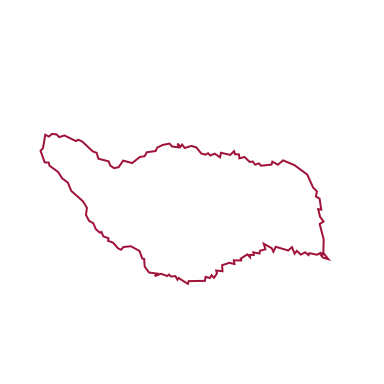 outline of Querência, Mato Grosso, Brazil, rotated 136°
{"feature_id": "56859067B43920904563535", "entity_name": "Querência", "entity_type": "district", "adm_level": 2, "iso_a3": "BRA", "parent_name": "Brazil", "parent_adm1": "Mato Grosso", "projection": "natural_earth1", "projection_center": [-52.69, -12.226], "detail": "medium", "context": "isolated", "style": "outline", "palette": "rose", "viewbox_px": 384, "rotation_deg": 136, "n_neighbors": 0, "source": "geoboundaries", "source_scale": "gbopen_adm2", "svg_char_len": 1938}
<svg xmlns="http://www.w3.org/2000/svg" viewBox="0 0 384 384"><g transform="rotate(136 192 192)"><path d="M261.4,139.5L258.8,128.8L256.3,130.2L244.4,119.1L241.2,121.5L238.9,117.7L235.7,118.5L235.8,115.0L230.6,116.1L229.1,118.7L225.1,113.8L221.2,118.4L214.3,115.1L211.5,110.7L209.4,113.8L204.2,108.6L203.2,110.2L195.6,108.7L195.5,104.9L194.2,106.6L191.2,103.8L189.8,106.0L186.2,100.9L183.9,102.5L179.0,99.8L176.3,104.9L173.7,96.2L175.0,92.5L169.8,94.4L163.4,83.1L158.4,82.9L161.0,76.4L157.5,76.8L157.2,71.4L152.5,70.0L152.0,65.7L150.1,66.5L145.7,60.1L141.6,58.8L141.1,55.9L143.1,56.9L143.4,53.9L140.6,48.9L139.8,57.0L130.3,66.3L122.4,80.3L117.9,79.4L117.2,85.1L113.1,92.0L111.3,89.5L104.8,98.7L106.0,102.7L101.7,105.7L101.8,111.1L97.0,124.5L99.6,140.0L104.5,151.5L111.3,152.0L113.1,158.0L115.8,156.5L124.1,163.0L124.0,166.1L127.6,167.8L127.1,171.7L129.6,173.6L129.9,180.7L134.5,183.3L132.1,186.4L134.8,189.3L133.4,192.1L138.7,192.1L143.9,200.1L147.7,197.5L149.1,203.9L153.5,205.6L153.5,208.7L156.4,209.5L158.6,213.3L157.9,221.0L160.4,225.5L166.7,228.8L166.2,233.0L169.0,232.6L168.7,236.9L170.6,233.4L174.8,238.7L174.5,242.4L180.2,246.1L186.1,248.1L189.8,246.8L196.9,252.0L201.2,250.6L205.1,253.4L215.0,254.4L219.7,262.4L227.5,260.8L231.5,263.3L232.4,267.8L230.7,272.0L236.2,281.0L233.4,286.4L235.2,290.2L235.9,304.5L237.6,308.7L240.1,309.2L244.5,321.3L249.4,323.7L249.4,327.5L252.3,331.0L256.4,331.3L257.8,335.1L268.8,327.0L272.3,326.9L277.4,315.6L274.6,312.7L276.2,310.0L274.4,299.3L275.9,292.2L274.8,285.0L278.1,276.6L276.9,261.0L278.6,253.6L284.2,249.2L286.1,242.8L284.7,238.0L287.0,232.1L286.5,226.6L284.9,226.2L286.6,221.6L284.2,216.8L286.3,215.1L284.0,210.6L284.3,202.5L283.0,199.7L279.6,200.1L273.7,195.5L270.7,186.1L274.0,178.7L272.9,177.1L277.9,171.1L278.8,163.9L273.6,157.3L277.3,157.4L271.1,154.7L268.2,148.8L265.9,148.6L265.8,145.7L262.4,143.1L263.4,139.0L261.4,139.5Z" fill="none" stroke="#9f1239" stroke-width="2"/></g></svg>